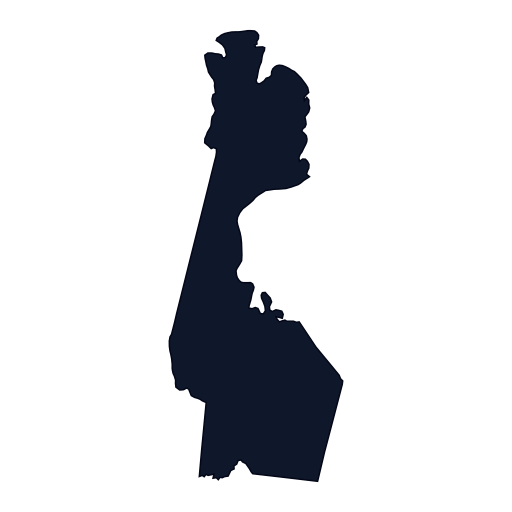 the district of Marapanim, Pará, Brazil
{"feature_id": "56859067B57853854676619", "entity_name": "Marapanim", "entity_type": "district", "adm_level": 2, "iso_a3": "BRA", "parent_name": "Brazil", "parent_adm1": "Pará", "projection": "robinson", "projection_center": [-47.711, -0.8], "detail": "fine", "context": "isolated", "style": "filled", "palette": "ink", "viewbox_px": 512, "rotation_deg": 0, "n_neighbors": 0, "source": "geoboundaries", "source_scale": "gbopen_adm2", "svg_char_len": 3440}
<svg xmlns="http://www.w3.org/2000/svg" viewBox="0 0 512 512"><path d="M171.7,359.0L172.2,364.3L172.2,368.5L172.6,371.1L173.2,373.6L174.3,375.9L175.6,380.1L175.5,383.4L175.9,387.1L179.7,390.0L183.5,389.7L186.7,388.0L188.7,389.1L189.6,391.4L191.3,395.6L194.6,397.4L197.5,398.2L200.2,399.3L202.3,400.8L206.2,402.5L201.7,449.4L199.3,476.5L202.2,475.4L204.2,476.7L206.0,474.4L208.1,475.4L210.9,474.8L214.0,474.2L213.0,478.2L216.3,477.7L218.3,479.7L220.0,477.3L222.3,477.7L224.6,476.6L228.1,476.1L230.8,470.5L234.1,468.9L233.9,466.0L236.7,464.1L238.1,460.5L241.1,460.0L242.5,461.9L245.8,463.5L249.3,468.5L251.1,471.7L252.7,473.7L281.3,477.0L317.6,481.3L324.6,451.8L329.6,432.8L342.3,384.3L342.7,380.9L340.5,378.7L339.2,375.3L330.1,364.2L322.9,355.5L315.9,347.0L299.2,321.9L296.3,322.3L293.4,321.2L289.5,321.2L286.8,321.2L284.9,320.1L281.7,321.0L279.4,321.9L277.0,319.1L276.0,316.7L279.2,317.4L282.3,318.3L283.2,314.3L281.8,311.2L278.1,310.2L275.9,309.8L272.4,311.5L269.8,310.1L269.4,306.6L270.4,304.5L271.6,301.9L270.2,298.0L267.1,294.6L265.2,292.4L262.4,292.7L261.2,295.2L261.6,298.3L263.3,302.0L264.9,306.3L265.4,310.7L263.3,313.9L260.3,313.5L258.0,308.5L255.3,307.5L252.1,308.7L248.7,308.0L249.2,305.3L250.8,300.0L252.1,293.4L253.4,290.0L254.0,287.2L252.6,283.9L250.6,282.6L246.8,282.7L243.5,282.7L241.3,282.3L239.3,280.7L237.3,277.7L236.5,275.1L236.0,270.8L237.0,268.4L239.7,264.1L241.6,260.7L241.9,255.0L241.5,242.6L240.9,237.1L240.1,233.0L237.6,224.6L237.0,220.9L237.6,217.1L239.7,212.8L242.7,208.8L250.4,202.7L253.2,200.1L255.2,197.6L257.8,195.4L265.5,190.5L274.4,189.2L279.8,189.0L285.9,188.5L291.3,187.0L298.1,184.6L300.5,183.1L303.9,180.3L309.5,176.7L306.5,174.2L307.4,171.1L308.8,168.1L309.0,164.4L307.4,161.3L305.4,159.2L302.7,159.0L299.5,161.3L298.9,157.7L300.1,154.4L301.9,152.0L303.8,148.0L305.7,144.3L306.7,141.8L307.0,139.2L306.3,135.8L304.2,133.3L301.7,131.2L303.0,128.5L304.9,127.2L306.1,124.3L305.7,120.8L304.9,116.8L306.7,114.6L308.7,111.8L309.7,107.9L308.7,104.1L308.8,100.0L306.8,97.4L304.4,100.5L304.1,97.6L306.0,95.0L308.7,92.5L307.7,87.7L305.7,84.4L303.3,81.2L300.8,77.9L299.0,76.1L297.0,74.0L294.4,71.6L291.5,70.2L288.8,68.4L285.7,66.9L282.5,65.6L279.3,65.2L276.8,65.7L274.8,66.9L272.8,68.9L271.6,71.8L271.4,75.4L269.2,77.3L266.2,78.2L264.1,80.9L261.4,82.8L259.3,83.9L257.0,83.1L256.1,80.3L257.1,77.7L257.7,74.2L258.5,69.8L259.8,65.5L261.3,62.0L261.7,59.6L262.2,56.1L263.1,53.0L264.4,50.5L264.7,47.7L262.7,46.9L259.2,47.0L255.5,47.3L254.9,45.0L257.0,44.0L256.7,41.5L258.4,38.7L258.6,35.2L256.9,32.6L254.7,31.0L251.1,30.7L247.7,30.7L243.6,31.3L240.5,31.7L238.2,31.9L235.4,31.9L231.8,32.0L227.8,32.8L224.5,33.6L221.3,35.1L219.2,36.8L217.1,38.1L216.2,40.4L219.2,42.3L222.5,44.9L224.9,48.3L225.7,51.8L226.6,55.0L225.2,57.6L222.8,57.9L221.5,55.0L218.4,54.0L215.4,53.8L211.8,53.0L207.9,53.0L204.8,55.2L205.1,58.3L205.8,61.5L206.5,65.1L207.8,68.9L208.5,72.1L210.3,75.0L211.8,77.3L213.6,79.5L214.7,82.8L214.5,86.1L215.1,89.6L215.5,93.4L213.1,94.6L212.0,99.0L212.4,102.3L213.2,105.0L214.4,107.5L215.5,110.8L213.9,114.3L212.2,116.7L211.6,119.9L211.2,124.2L210.8,126.5L209.6,128.7L207.4,132.4L206.5,135.0L204.9,138.7L204.7,142.8L208.5,145.9L211.2,148.6L213.3,147.6L216.3,148.6L216.5,152.1L215.9,156.4L214.9,160.1L211.1,175.4L210.0,180.0L200.1,219.7L189.1,263.6L176.5,314.1L174.6,322.3L171.5,334.4L170.0,336.9L169.3,341.1L169.4,346.5L170.0,351.0L170.8,354.1L171.7,359.0Z" fill="#0f172a" stroke="#020617" stroke-width="1.5"/></svg>